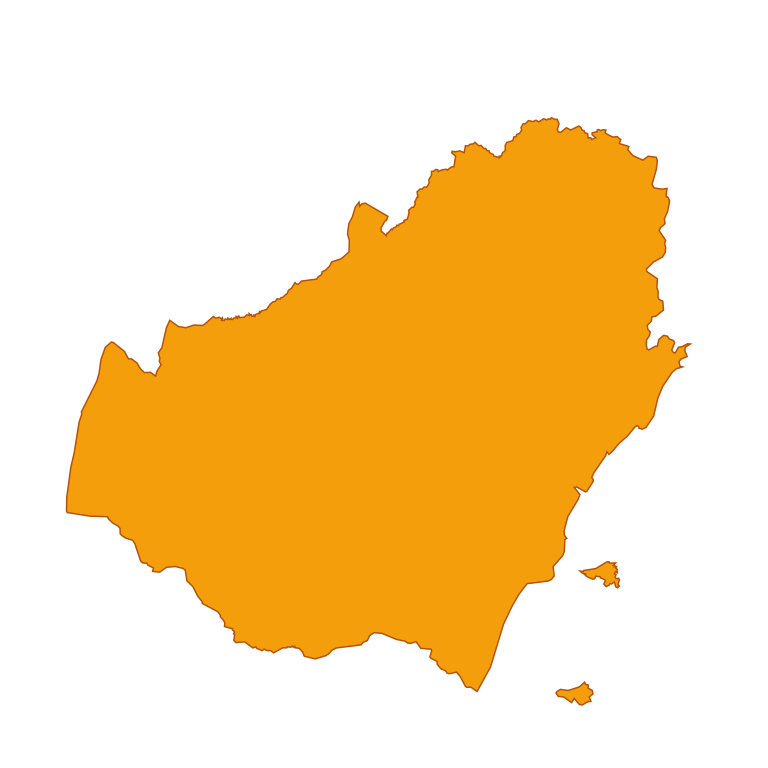 outline of Mkuranga, Pwani, United Republic of Tanzania, rotated 9°
{"feature_id": "72390352B89793068246762", "entity_name": "Mkuranga", "entity_type": "district", "adm_level": 2, "iso_a3": "TZA", "parent_name": "United Republic of Tanzania", "parent_adm1": "Pwani", "projection": "mercator", "projection_center": [39.178, -7.246], "detail": "fine", "context": "isolated", "style": "filled", "palette": "amber", "viewbox_px": 768, "rotation_deg": 9, "n_neighbors": 0, "source": "geoboundaries", "source_scale": "gbopen_adm2", "svg_char_len": 6134}
<svg xmlns="http://www.w3.org/2000/svg" viewBox="0 0 768 768"><g transform="rotate(9 384 384)"><path d="M330.9,208.3L328.0,213.6L326.6,224.0L324.2,231.1L324.5,241.5L327.2,247.3L328.8,259.0L322.2,267.0L313.3,271.5L311.7,276.4L308.3,280.9L305.4,282.8L305.2,285.9L302.2,288.4L301.1,290.9L286.3,295.3L284.1,298.6L282.0,299.0L280.2,297.7L277.7,303.8L274.9,306.5L274.5,309.2L270.3,314.4L268.8,314.7L268.1,316.5L265.1,316.6L263.9,319.3L261.6,320.1L259.4,322.6L256.2,328.9L251.7,330.9L250.5,333.2L250.0,331.1L249.3,333.8L246.3,335.4L245.9,337.4L244.7,336.2L244.0,337.7L242.6,337.5L242.2,336.2L241.4,336.8L239.8,335.5L240.0,337.4L237.7,337.1L235.7,339.8L230.9,340.9L230.0,339.6L228.9,342.0L228.0,340.2L227.2,340.4L227.4,341.8L225.3,342.4L224.4,343.9L222.9,344.1L222.6,343.1L221.5,344.4L219.4,343.4L219.4,344.8L217.0,344.6L216.4,346.3L213.8,346.5L214.6,345.0L214.0,343.8L213.0,345.0L210.8,343.8L207.6,345.4L204.9,344.0L197.1,353.5L195.3,354.6L187.0,355.5L179.6,359.4L171.9,359.4L162.4,354.6L160.3,362.5L158.9,383.0L156.2,388.5L158.7,393.7L158.5,396.8L160.8,399.8L157.8,406.7L157.2,411.9L151.6,409.0L145.5,410.2L141.1,407.1L136.6,401.8L130.7,398.7L127.6,399.1L122.6,392.5L110.3,385.4L108.2,385.2L103.0,391.4L100.6,403.9L100.9,418.2L99.9,426.0L89.5,458.8L90.2,461.2L88.8,469.7L88.8,500.1L87.7,515.6L88.4,545.4L90.3,559.2L91.2,560.5L114.3,560.5L131.9,558.3L132.8,560.2L137.6,563.6L143.8,566.0L145.9,568.1L146.9,573.2L148.5,574.6L152.7,576.5L160.3,577.7L163.1,581.0L171.3,596.9L173.8,598.5L177.8,598.1L179.2,599.9L185.2,601.8L184.7,605.3L191.9,604.9L198.0,599.0L206.4,596.9L214.5,597.6L216.8,599.0L220.2,609.3L227.0,614.1L233.1,622.5L238.4,627.4L238.9,629.2L255.4,634.9L258.7,638.2L258.8,639.6L262.7,642.8L264.2,645.2L264.4,648.5L272.7,649.5L272.7,650.5L275.1,652.2L274.5,654.3L275.7,654.6L275.8,660.6L278.0,662.6L286.6,660.5L295.8,665.2L298.6,663.6L299.5,664.9L305.3,666.5L307.0,664.6L310.0,665.6L313.8,665.0L317.0,666.8L325.1,660.5L329.4,659.7L329.7,658.6L333.0,658.6L335.1,656.6L334.6,657.7L335.5,658.1L337.0,657.1L337.2,658.4L341.8,658.4L345.7,661.7L347.8,665.3L358.9,666.3L368.5,661.7L371.4,659.4L374.4,654.9L378.4,652.1L402.1,645.3L404.0,642.3L407.7,640.0L409.2,634.6L413.2,631.2L421.1,630.6L436.0,634.3L445.0,634.7L447.7,636.1L450.4,636.2L456.0,633.5L461.7,639.3L472.0,638.6L472.8,640.2L472.0,646.3L473.5,647.7L479.6,649.5L480.6,652.9L485.2,656.6L489.6,657.6L491.7,659.7L493.8,660.0L500.7,657.2L505.1,661.1L511.7,669.8L513.0,670.6L517.1,669.8L524.0,673.2L533.5,646.8L539.6,602.6L545.5,582.6L550.3,570.3L556.6,558.8L577.1,552.9L580.0,550.8L582.1,546.9L579.6,537.9L587.4,525.4L588.3,521.5L587.0,509.2L588.7,507.9L585.7,504.9L584.9,500.7L586.3,486.2L593.6,468.0L594.8,462.6L588.1,456.4L590.4,455.6L600.1,459.0L601.1,458.3L605.8,447.7L605.8,445.9L603.8,443.7L605.3,438.6L614.1,420.2L614.7,416.1L617.1,418.3L619.8,415.3L625.5,405.8L632.8,397.0L638.6,387.1L640.7,385.5L642.5,386.5L642.8,387.9L646.0,388.2L649.6,385.9L655.3,373.6L656.7,355.2L659.6,342.9L666.7,327.5L670.4,323.2L676.2,320.4L673.4,320.0L671.9,315.6L673.3,313.1L679.1,309.4L676.1,304.4L675.6,300.7L680.3,296.6L677.5,296.8L672.6,300.4L669.0,301.7L666.8,307.8L665.0,307.7L662.9,305.6L664.6,297.7L663.2,295.8L658.8,294.9L656.3,292.4L652.6,292.2L648.5,297.0L648.0,304.2L646.3,304.1L640.3,308.8L638.5,308.5L637.0,304.6L636.4,299.5L638.4,295.1L638.9,291.1L636.2,288.9L634.8,285.0L638.3,279.9L638.0,275.8L641.6,274.7L648.5,267.3L646.4,258.6L642.5,257.5L640.9,255.0L640.4,249.9L638.4,246.1L637.6,237.3L626.0,231.8L625.2,229.4L631.2,221.2L639.2,215.0L641.2,210.0L640.9,205.4L639.2,201.2L639.7,198.0L631.8,189.5L632.5,186.5L636.5,181.7L635.1,177.0L637.1,169.4L637.5,158.7L635.5,155.3L633.2,154.5L632.9,146.6L628.5,148.0L620.1,148.1L617.5,144.8L619.4,129.5L619.1,120.9L617.5,117.5L609.3,117.7L604.7,122.4L593.9,119.4L588.0,114.3L588.7,111.1L578.8,109.7L579.6,105.6L575.5,103.2L571.6,104.3L566.8,103.0L563.1,101.3L563.5,98.5L560.4,98.6L558.5,99.8L556.1,99.1L554.8,99.8L555.1,101.6L550.4,103.2L550.4,105.1L554.7,107.7L550.9,110.0L549.7,108.4L547.2,109.1L545.9,104.8L542.8,104.5L542.1,102.6L539.6,102.0L538.5,99.9L536.1,98.7L528.7,103.9L524.0,102.4L519.1,107.9L516.5,107.7L515.4,105.1L516.2,99.6L513.7,95.5L511.5,95.9L507.6,94.8L507.0,96.5L505.1,96.3L503.4,97.7L500.3,97.0L495.8,100.9L492.9,99.7L490.1,101.5L485.4,101.3L482.9,104.9L480.8,105.1L479.2,109.3L480.2,111.6L478.8,115.1L476.0,116.8L475.6,119.2L473.6,119.6L473.1,123.5L467.4,126.3L466.4,129.2L467.2,134.6L464.8,137.1L464.4,140.2L462.3,141.0L463.2,141.7L462.6,142.5L456.8,141.6L456.0,140.3L451.8,138.9L451.2,137.1L449.3,137.3L447.4,135.4L445.8,135.8L442.5,133.1L440.3,133.9L436.0,131.1L434.7,132.9L431.6,133.7L429.7,135.7L427.2,135.9L427.0,143.0L422.5,141.9L418.2,143.5L414.9,143.4L414.8,145.2L419.1,147.7L419.1,158.4L416.3,159.3L413.1,162.8L412.0,162.1L407.8,163.4L404.5,165.7L403.6,164.0L401.6,164.0L399.5,166.2L397.6,166.6L398.3,170.2L396.3,175.3L397.2,178.2L396.0,181.6L395.0,183.0L392.9,183.1L391.2,185.6L389.3,185.7L386.6,189.0L388.3,194.2L387.5,194.3L385.8,199.6L386.8,201.1L385.6,204.9L384.0,205.0L381.1,208.6L382.0,211.2L381.3,217.5L378.1,219.4L378.6,220.9L373.8,224.0L373.7,225.4L371.9,225.1L371.4,227.0L368.9,228.3L368.0,230.4L367.0,229.8L364.4,234.3L363.5,234.4L363.1,237.1L357.2,233.4L356.7,230.3L359.3,223.2L360.9,221.7L361.6,217.8L337.2,208.3L333.9,209.6L332.1,212.3L330.9,208.3ZM640.7,524.5L634.7,525.6L634.1,524.4L631.8,524.9L622.0,533.2L610.5,536.9L610.2,537.9L606.9,538.1L609.6,539.8L612.9,540.2L612.1,540.9L614.2,542.3L620.5,544.2L622.6,543.3L623.2,540.6L627.7,540.6L628.0,541.6L632.6,542.7L633.4,543.9L632.4,547.2L635.1,549.3L637.7,547.7L638.3,545.8L639.8,546.0L642.6,543.5L644.5,548.0L646.4,548.8L648.1,546.7L646.4,545.3L647.2,540.3L645.7,539.1L644.4,539.9L642.5,539.1L643.0,535.8L641.2,535.5L642.2,533.1L643.8,533.9L643.3,530.4L641.8,529.7L642.3,528.2L640.2,528.5L640.4,527.3L638.7,527.3L640.7,524.5ZM629.8,648.9L628.8,647.1L624.2,652.7L613.8,657.9L606.1,658.0L602.7,660.9L602.3,662.4L605.0,665.3L610.3,665.0L619.2,669.3L621.0,664.8L627.1,670.0L630.2,669.9L634.6,666.2L638.0,665.1L635.7,661.0L638.9,657.5L637.7,654.1L632.9,652.4L633.0,649.4L629.8,648.9Z" fill="#f59e0b" stroke="#b45309" stroke-width="1.5"/></g></svg>